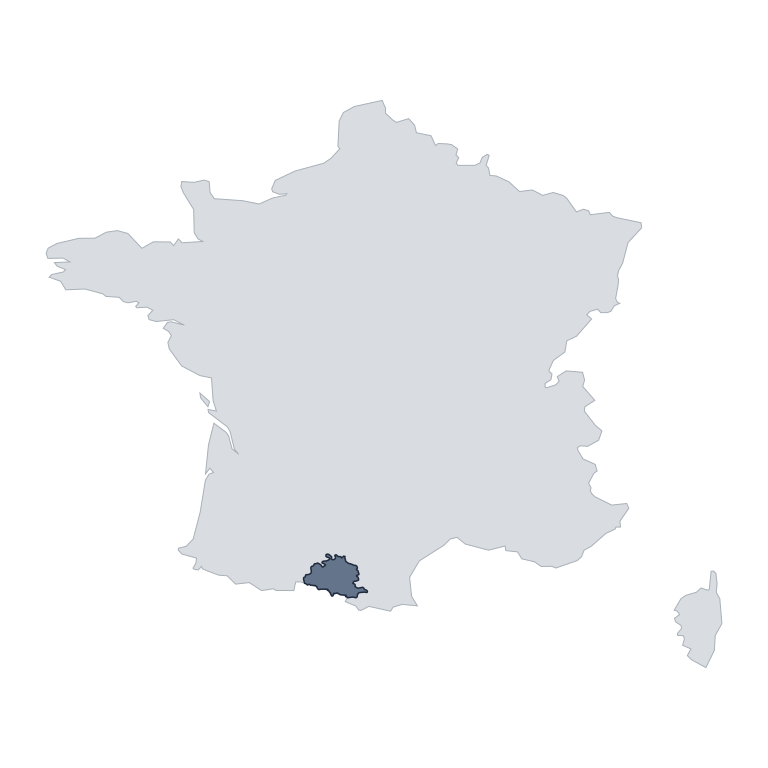 Ariège highlighted on a map of France
{"feature_id": "FRA-5269", "entity_name": "Ariège", "entity_type": "Metropolitan department", "adm_level": 1, "iso_a3": "FRA", "parent_name": "France", "parent_adm1": "", "projection": "robinson", "projection_center": [1.591, 42.938], "detail": "fine", "context": "in_parent", "style": "filled", "palette": "slate", "viewbox_px": 768, "rotation_deg": 0, "n_neighbors": 0, "source": "natural_earth", "source_scale": "10m", "svg_char_len": 6491}
<svg xmlns="http://www.w3.org/2000/svg" viewBox="0 0 768 768"><path d="M619.7,303.3L614.2,305.9L610.9,311.3L607.3,312.6L600.8,312.6L597.6,309.2L589.9,311.4L586.8,314.8L591.6,319.0L576.5,336.2L566.8,340.8L564.9,352.0L553.4,360.4L549.3,369.3L549.0,371.1L552.0,374.0L550.9,379.7L545.0,383.5L545.2,387.2L546.8,387.7L555.8,384.8L559.2,381.3L557.3,376.6L566.2,370.9L582.5,372.3L584.6,380.0L582.7,386.4L594.8,400.3L584.8,406.8L584.3,411.1L595.1,425.1L601.9,430.9L598.6,440.3L587.6,446.3L580.5,445.8L577.5,447.4L577.9,450.3L583.0,458.9L595.2,464.4L597.1,471.0L593.9,473.3L588.6,483.1L591.1,488.0L590.2,490.1L591.5,493.4L594.8,496.7L611.7,505.1L626.7,503.5L628.8,508.3L619.9,521.2L620.5,527.0L615.9,527.1L615.1,529.1L605.9,533.4L591.1,546.4L584.1,550.2L581.5,556.8L577.4,560.5L555.9,568.0L551.7,566.3L541.2,566.5L534.5,561.8L521.8,558.8L517.6,551.9L505.8,550.6L505.1,546.0L488.6,550.2L465.2,544.0L457.0,537.3L450.2,539.0L444.3,545.0L419.3,560.9L409.6,577.3L411.6,596.4L417.4,605.8L402.1,604.4L393.0,607.2L390.6,611.2L368.9,606.4L360.9,610.4L358.7,610.1L355.9,606.1L345.2,601.6L346.9,598.4L345.4,595.6L335.4,593.3L331.9,596.1L328.2,590.5L300.2,581.8L295.7,582.0L293.8,590.6L275.8,590.4L273.2,588.8L261.6,590.6L249.3,582.6L235.6,584.1L227.2,575.8L219.0,575.2L207.6,571.0L202.3,568.7L201.7,566.3L198.2,570.0L193.9,569.2L193.0,568.1L195.8,563.5L196.5,558.1L182.1,554.1L178.4,550.3L178.3,548.2L186.1,546.4L193.2,539.0L200.2,512.1L205.4,480.2L209.0,474.2L213.5,472.5L209.9,468.2L205.5,473.9L208.5,444.8L213.9,423.2L225.8,432.1L228.6,435.9L232.0,448.8L238.6,454.2L234.3,449.0L230.2,431.8L227.5,427.0L208.6,412.6L208.0,409.4L216.4,411.1L213.1,400.4L211.5,377.9L200.0,375.6L181.7,366.0L169.2,348.8L167.9,342.4L171.4,335.6L168.5,331.3L163.2,328.3L167.4,322.5L171.2,321.8L184.4,325.2L173.7,319.7L156.1,321.5L149.1,319.6L147.9,315.6L152.8,310.3L147.0,307.1L136.9,307.8L135.7,306.5L138.8,302.7L136.3,301.3L128.0,302.8L123.4,301.6L119.1,297.3L105.9,296.4L103.0,293.9L84.9,289.0L65.8,289.8L60.7,281.3L49.2,277.2L51.6,274.5L63.3,272.0L65.6,269.6L57.2,266.2L54.4,262.6L69.9,261.9L63.0,258.1L47.9,258.4L46.1,253.3L48.2,248.1L57.1,243.4L79.0,238.3L94.9,238.2L106.3,232.2L117.4,230.6L127.9,233.5L141.9,248.3L153.4,241.8L170.3,242.0L173.7,245.6L178.4,238.9L182.0,242.8L202.8,241.5L198.0,238.9L194.2,232.6L193.7,209.5L183.4,192.8L180.9,186.6L181.7,181.5L193.9,182.4L204.2,180.1L209.1,181.7L210.1,192.5L214.3,198.7L242.7,200.7L259.1,204.0L272.9,197.9L285.8,195.2L286.8,193.7L279.4,194.3L272.6,191.7L271.7,188.8L275.3,180.4L295.1,171.0L323.9,163.2L331.3,158.0L339.8,148.7L337.9,146.3L339.2,120.9L343.4,112.5L354.3,106.5L382.1,100.4L385.6,108.5L385.4,113.1L392.9,120.2L396.6,122.4L408.7,118.6L414.6,125.2L416.4,132.7L431.1,135.8L435.5,145.6L438.2,143.5L447.4,143.9L451.7,144.7L457.7,149.0L456.0,154.9L458.7,157.7L456.2,163.1L458.0,165.4L474.9,165.4L480.0,162.9L482.2,157.5L487.2,154.3L489.2,155.3L486.1,165.4L488.5,168.0L489.9,175.4L496.3,176.0L508.8,181.8L519.5,191.5L532.4,190.0L542.7,195.4L553.2,192.5L563.2,195.5L566.8,198.3L576.4,211.9L583.5,209.2L588.6,210.8L590.3,214.7L609.3,212.4L612.9,216.3L616.9,217.7L641.1,222.8L641.6,227.9L628.1,242.5L622.6,263.2L618.7,270.4L617.4,275.8L618.6,279.4L618.1,285.0L615.6,298.5L617.4,302.4L619.7,303.3ZM717.1,583.7L716.2,592.4L719.8,598.7L721.9,623.6L715.2,635.6L714.4,650.2L705.9,667.6L691.6,659.8L687.3,655.6L690.9,648.9L682.6,645.3L684.4,638.9L683.4,635.7L677.7,635.4L677.3,633.7L681.4,628.7L681.2,625.6L675.6,621.8L674.5,618.4L679.6,614.5L677.1,611.0L674.2,610.2L680.9,598.8L685.7,595.4L696.5,592.2L700.9,588.0L708.1,590.3L709.3,589.2L711.1,571.2L713.5,571.0L715.9,573.4L717.1,583.7ZM209.6,401.6L207.9,406.7L200.7,397.9L199.9,393.1L209.6,401.6Z" fill="#d9dde1" stroke="#a8b0b8" stroke-width="1"/><path d="M307.7,585.0L307.2,584.8L306.4,584.1L306.0,583.8L304.6,583.3L303.5,579.1L303.7,577.7L304.0,577.4L304.9,577.1L305.2,576.7L305.4,576.3L305.5,575.4L305.7,575.0L306.1,574.7L307.4,574.7L309.4,574.2L310.3,573.7L311.1,572.8L311.4,571.7L310.9,568.8L310.9,567.5L311.3,566.7L311.9,566.3L312.6,566.2L313.3,565.8L313.7,565.3L314.1,564.2L314.6,563.8L314.9,563.7L315.7,563.8L317.3,563.1L317.7,563.1L318.1,563.2L320.7,564.7L321.4,565.5L321.8,566.3L322.3,566.9L323.1,567.0L325.4,565.0L324.5,564.0L322.2,563.0L322.0,562.3L322.8,561.4L323.8,561.1L326.1,561.0L328.2,560.2L329.3,559.5L329.8,558.6L329.2,557.9L326.6,556.9L325.9,556.2L326.1,554.6L327.1,554.1L328.3,554.2L329.4,554.8L331.6,556.8L331.7,557.4L331.4,558.5L331.4,558.9L332.6,559.7L333.8,559.6L334.9,558.9L335.6,557.5L335.5,557.0L335.1,556.4L334.8,555.8L335.2,555.0L336.1,554.8L338.0,556.3L338.9,556.7L340.2,556.6L340.6,556.6L341.0,556.9L341.4,557.6L341.6,557.8L342.4,557.6L343.0,556.7L343.7,556.1L345.0,556.5L344.8,557.9L344.9,558.3L345.4,559.5L345.5,560.1L345.6,561.1L345.8,561.4L346.2,561.7L346.7,562.0L347.7,562.8L348.1,563.1L348.5,563.3L351.6,564.2L352.4,564.5L353.6,565.2L354.3,565.3L355.7,565.4L356.1,565.7L356.7,566.1L357.0,566.6L357.2,567.1L357.4,567.7L357.4,568.2L357.1,568.6L356.8,568.9L356.6,569.2L356.5,569.6L356.8,569.9L357.7,570.5L358.0,570.9L358.2,571.4L358.4,572.3L358.9,573.7L358.9,574.2L358.8,574.6L358.4,574.8L358.0,575.0L357.2,575.2L356.8,575.3L356.5,575.7L356.5,576.1L356.8,576.4L357.8,577.0L358.1,577.4L358.3,577.8L358.6,579.4L358.6,579.8L358.5,580.1L358.2,580.3L355.9,581.2L355.5,581.2L354.6,581.2L354.2,581.2L353.9,581.5L353.6,581.8L353.4,582.2L353.1,582.6L352.9,583.1L353.0,583.5L353.3,583.6L353.8,583.7L354.2,583.9L354.6,584.1L355.0,584.6L355.2,585.0L355.2,585.5L355.1,586.0L355.1,586.6L355.4,586.9L355.7,587.1L356.1,587.2L357.2,587.9L357.6,588.1L358.0,588.1L358.9,588.1L362.0,587.4L362.4,587.3L362.9,587.4L363.4,587.7L363.8,588.2L364.1,588.9L364.5,589.3L364.9,589.5L365.8,589.9L366.3,590.1L366.9,590.5L367.2,590.9L367.4,591.4L367.4,591.7L367.3,592.1L367.1,592.3L366.7,592.5L364.0,592.1L359.6,592.6L359.0,592.7L358.4,593.4L357.8,594.2L357.5,594.6L357.4,595.0L357.3,595.4L357.3,596.2L357.2,596.6L357.0,597.0L356.4,597.5L355.9,597.7L355.4,597.7L353.7,597.2L353.2,597.1L351.9,597.1L348.9,597.6L347.9,597.8L347.5,597.2L346.4,596.9L345.6,596.5L346.0,595.3L340.6,594.8L340.0,594.6L337.4,593.0L336.7,593.0L335.3,593.5L333.8,593.4L333.0,595.7L332.0,596.1L331.3,595.3L330.5,593.3L329.6,592.1L328.7,590.7L328.3,590.6L327.9,590.5L327.6,590.3L327.8,589.5L326.7,589.2L320.8,589.2L319.2,589.6L318.7,589.6L317.9,589.0L317.4,588.2L317.0,587.3L316.6,586.4L315.7,585.8L314.7,585.5L310.6,585.2L310.3,585.0L309.5,584.4L309.1,584.3L308.6,584.4L308.1,584.8L307.7,585.0Z" fill="#64748b" stroke="#1e293b" stroke-width="1.5"/></svg>